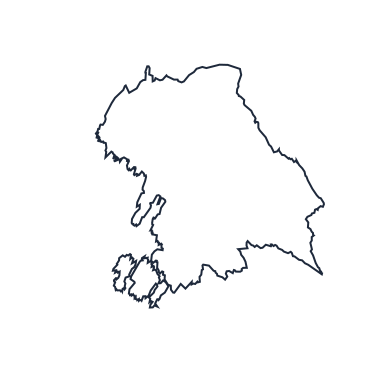 outline of Asker nor, Oslo, Norway, rotated 153°
{"feature_id": "86288312B86934644879837", "entity_name": "Asker nor", "entity_type": "district", "adm_level": 2, "iso_a3": "NOR", "parent_name": "Norway", "parent_adm1": "Oslo", "projection": "orthographic", "projection_center": [10.409, 59.839], "detail": "fine", "context": "isolated", "style": "outline", "palette": "slate", "viewbox_px": 384, "rotation_deg": 153, "n_neighbors": 0, "source": "geoboundaries", "source_scale": "gbopen_adm2", "svg_char_len": 6100}
<svg xmlns="http://www.w3.org/2000/svg" viewBox="0 0 384 384"><g transform="rotate(153 192 192)"><path d="M113.7,59.7L113.0,60.5L113.5,61.4L113.1,62.3L113.6,63.9L113.2,66.4L113.9,67.9L114.0,72.6L112.9,80.6L113.1,85.4L111.2,86.4L109.6,93.0L107.3,94.4L105.8,97.5L103.2,98.0L103.6,98.7L102.8,100.6L103.4,102.3L103.3,105.2L104.8,107.8L102.2,112.1L102.9,116.1L100.4,117.5L96.1,117.3L95.0,118.4L92.4,117.9L90.4,120.4L88.9,120.3L88.1,119.0L87.1,120.3L83.8,121.0L82.1,119.4L80.0,121.2L79.6,122.5L80.1,128.0L81.4,129.2L82.3,132.4L83.3,140.2L83.5,149.9L83.0,153.9L83.6,154.9L82.5,159.0L83.0,163.0L84.3,167.3L84.5,172.8L85.2,171.5L85.5,172.7L87.5,172.4L88.0,176.3L89.4,176.5L90.0,178.1L90.9,177.9L92.9,182.9L94.9,184.1L95.7,189.6L95.2,190.6L97.7,189.5L101.0,190.2L100.9,196.6L101.9,199.1L101.5,207.3L103.7,216.2L103.7,219.1L101.6,223.3L101.6,224.3L102.7,225.3L104.2,225.0L104.2,226.5L102.0,228.6L101.9,230.5L102.5,233.0L102.3,237.4L105.7,245.5L105.7,247.2L103.7,250.3L105.5,255.1L106.7,256.3L106.4,257.2L107.1,259.9L105.0,263.2L102.7,264.8L101.7,267.6L95.0,274.0L93.4,279.9L102.4,289.0L109.6,292.9L122.9,295.9L126.0,298.7L132.0,299.7L135.9,298.0L141.5,297.5L149.0,294.2L151.5,294.4L153.9,297.0L153.8,298.7L157.1,300.4L161.6,306.3L161.8,307.5L167.3,305.4L169.9,306.1L172.8,310.0L174.7,308.3L176.8,308.4L174.4,313.4L176.8,316.1L173.5,321.6L173.6,323.7L174.8,324.3L178.9,320.3L179.4,319.5L179.0,319.1L182.6,313.1L184.9,313.9L188.2,313.4L194.2,309.4L202.9,308.9L202.7,317.0L203.8,316.8L206.9,314.1L217.9,310.8L223.2,307.7L235.0,299.3L235.8,296.2L237.6,294.2L241.0,292.3L242.9,293.6L243.7,293.1L246.0,290.3L247.0,290.8L250.4,286.9L247.9,288.1L250.5,285.9L250.5,288.0L251.1,287.7L250.7,285.6L252.3,283.8L251.6,283.1L250.0,283.9L249.7,282.6L252.4,280.2L251.7,279.4L250.3,280.1L250.2,277.8L248.2,277.3L248.2,276.3L249.1,275.5L248.0,276.1L246.6,274.7L248.3,270.0L250.3,268.2L250.2,266.7L253.4,262.1L245.5,264.6L244.7,263.3L245.0,262.3L244.3,260.3L247.3,257.1L244.3,258.5L244.6,256.8L243.2,257.5L242.6,255.9L246.5,254.9L247.2,255.8L246.8,254.5L242.2,254.2L241.9,253.4L242.5,251.7L240.3,252.9L240.7,253.5L240.2,253.8L236.9,253.7L234.9,250.5L235.9,249.1L235.6,248.7L234.0,249.2L234.1,248.2L237.9,245.2L239.0,241.7L238.6,240.3L237.3,241.0L237.2,239.2L236.8,239.0L233.7,240.1L233.3,239.4L232.3,240.5L231.2,239.8L231.6,238.5L235.8,234.1L235.7,233.2L233.0,233.3L232.4,232.5L233.4,231.4L231.4,231.2L227.4,233.0L226.5,230.3L227.1,228.0L225.6,227.8L226.0,226.4L228.8,223.1L233.8,218.5L235.0,216.5L234.5,214.8L235.2,213.0L237.7,213.7L245.4,207.7L247.8,204.0L244.3,204.3L246.3,200.8L251.9,199.1L257.7,195.2L259.8,191.8L259.7,190.7L258.8,190.2L259.2,189.3L258.5,188.1L256.6,188.4L256.9,186.8L253.0,187.5L247.8,192.2L246.4,191.4L236.1,196.8L234.6,198.8L234.6,200.6L234.1,201.1L231.7,200.2L225.0,204.8L223.1,204.3L222.2,202.4L228.3,196.8L227.0,196.4L222.3,200.7L220.7,199.3L219.7,196.9L220.2,195.4L226.7,192.0L230.9,187.1L232.8,187.6L237.0,185.1L238.2,185.5L237.6,186.4L237.9,186.7L239.2,185.8L241.4,182.8L242.1,181.2L241.6,180.3L245.9,177.1L245.2,177.1L245.9,175.6L245.4,175.3L246.6,173.9L246.6,172.6L245.8,172.9L246.1,171.9L242.9,169.4L246.4,164.4L245.2,164.5L244.8,163.6L245.3,162.6L244.5,161.9L245.7,160.0L242.9,160.0L242.7,159.1L243.5,159.0L243.2,158.6L244.5,156.2L243.7,154.8L244.6,153.5L248.9,156.7L252.4,156.2L256.2,154.4L259.6,149.3L258.6,146.5L255.3,147.3L254.6,146.7L255.4,145.6L254.7,145.0L257.9,139.6L257.4,139.5L257.3,137.1L257.9,135.7L257.5,133.9L254.7,134.8L253.9,133.9L255.4,131.4L254.0,130.1L256.1,126.6L255.5,120.3L253.4,118.2L255.1,114.5L254.5,111.0L253.5,110.3L243.8,115.2L241.7,108.9L233.0,112.1L234.3,109.8L232.4,109.8L230.9,108.6L227.9,109.7L227.8,108.8L225.8,108.4L223.8,113.0L221.3,114.1L218.7,118.0L217.3,118.1L216.0,121.8L215.0,122.2L210.3,118.7L208.5,112.0L207.2,110.9L207.6,109.5L206.9,107.7L207.4,106.0L203.6,102.2L202.3,98.9L199.0,100.6L198.9,103.9L197.1,105.6L194.8,104.8L192.5,101.2L190.1,103.5L189.4,102.9L189.0,101.1L185.1,99.1L183.3,99.3L182.7,100.8L180.9,101.2L177.6,99.6L176.0,105.6L175.9,110.0L176.7,113.7L176.0,117.0L176.8,120.1L168.1,116.7L167.7,119.6L166.3,122.1L164.7,123.0L163.1,117.7L161.8,116.5L161.1,114.6L158.5,115.1L156.4,110.9L154.4,110.3L150.2,111.5L146.3,107.8L145.5,108.2L145.4,109.4L144.7,109.1L143.8,106.8L142.0,107.1L141.0,105.8L140.7,102.6L138.0,99.5L137.2,97.2L134.2,93.9L131.2,93.9L130.7,92.4L131.2,89.0L129.9,88.1L127.4,83.0L124.9,81.1L123.7,77.2L121.5,74.4L113.7,59.7ZM276.9,108.0L274.9,105.6L275.4,109.4L271.7,112.2L270.6,111.7L270.7,111.0L269.7,111.3L266.7,114.0L261.9,114.7L255.8,118.7L256.4,123.7L257.9,126.3L261.3,125.0L263.4,125.8L260.6,128.1L260.3,130.9L259.1,131.6L260.0,134.6L259.6,138.3L260.4,139.8L262.1,140.0L259.8,142.4L259.8,143.5L262.0,143.6L260.5,145.5L260.9,146.2L260.1,147.3L260.2,148.6L260.5,149.3L263.6,149.0L261.8,151.6L262.1,152.9L261.4,153.6L265.0,154.7L263.4,156.2L266.6,155.8L267.3,154.7L267.1,153.5L269.0,154.1L270.6,153.4L284.4,144.5L286.3,142.3L284.1,138.1L284.3,137.0L291.8,133.8L294.4,130.1L293.7,129.0L294.0,128.4L292.6,128.3L292.9,127.2L291.0,127.6L291.2,126.6L290.2,125.8L291.3,123.6L289.8,124.1L290.8,122.2L289.7,121.3L289.9,120.5L288.4,120.7L288.6,119.7L287.9,120.2L288.1,119.2L286.3,118.9L286.2,118.1L282.8,121.2L280.8,120.3L281.6,118.5L277.7,119.3L273.5,123.0L265.8,126.8L265.4,125.1L265.7,123.5L269.7,121.7L271.7,119.7L278.3,117.6L277.7,115.8L279.9,113.1L278.0,113.4L277.0,112.0L280.2,110.5L282.0,108.2L279.3,107.0L276.9,108.0ZM299.3,135.1L297.8,137.2L296.6,137.3L296.4,135.8L295.0,136.6L294.8,138.5L292.9,140.7L292.9,143.0L290.0,145.9L286.0,145.3L285.4,147.0L280.5,150.7L277.6,151.3L275.2,153.1L273.1,156.0L277.8,155.7L274.5,159.1L275.2,160.9L277.4,160.3L274.9,163.8L275.4,164.8L277.7,164.4L278.7,165.6L281.1,164.7L282.5,167.0L287.0,166.1L288.0,164.2L291.6,162.1L291.5,161.1L296.9,159.2L298.2,157.8L295.3,156.8L297.1,155.0L294.5,155.1L294.1,154.6L294.4,153.8L292.6,153.9L294.5,150.7L296.6,149.0L298.6,148.5L298.1,149.2L298.9,149.8L301.6,148.8L302.0,147.6L301.5,146.4L304.2,144.0L303.6,142.4L304.4,139.4L303.5,139.7L303.3,138.3L300.7,137.0L300.5,135.8L299.3,136.1L299.3,135.1Z" fill="none" stroke="#1e293b" stroke-width="2"/></g></svg>